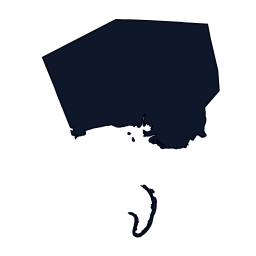 East Malaita, Malaita, Solomon Islands, rotated 93°
{"feature_id": "97153195B67887401050589", "entity_name": "East Malaita", "entity_type": "district", "adm_level": 2, "iso_a3": "SLB", "parent_name": "Solomon Islands", "parent_adm1": "Malaita", "projection": "albers", "projection_center": [160.97, -8.778], "detail": "fine", "context": "isolated", "style": "filled", "palette": "ink", "viewbox_px": 256, "rotation_deg": 93, "n_neighbors": 0, "source": "geoboundaries", "source_scale": "gbopen_adm2", "svg_char_len": 5927}
<svg xmlns="http://www.w3.org/2000/svg" viewBox="0 0 256 256"><g transform="rotate(93 128 128)"><path d="M85.9,39.1L66.0,41.6L33.7,50.9L20.4,54.2L20.2,79.2L20.0,79.3L19.9,112.9L20.1,131.5L20.5,139.4L20.5,145.7L62.0,216.9L91.3,203.1L96.9,200.8L130.4,185.3L131.3,182.2L133.5,182.2L134.3,183.3L133.9,184.6L137.6,183.5L138.1,182.2L137.3,180.5L138.2,180.5L137.9,179.4L137.1,179.5L136.8,179.0L138.2,178.2L140.0,180.2L140.9,179.8L139.6,178.8L138.6,177.3L138.1,175.9L138.1,175.2L138.0,174.6L137.2,172.9L137.3,171.9L136.8,171.0L136.3,170.5L135.3,170.4L134.5,170.5L134.0,170.8L133.4,170.7L132.8,170.5L132.2,169.8L131.3,166.8L129.5,162.3L128.0,155.6L126.4,150.1L126.0,146.6L125.6,146.4L125.4,146.0L125.5,144.3L127.1,139.9L127.4,138.5L127.4,136.3L126.7,133.8L126.5,132.0L125.5,130.0L125.4,129.3L125.6,128.7L125.0,128.0L124.7,127.2L125.0,125.3L124.8,124.1L124.4,123.8L124.4,123.5L124.9,123.0L125.8,122.5L126.0,121.9L125.0,121.8L124.9,120.5L124.6,119.9L124.5,119.4L124.8,119.0L124.7,118.4L125.5,118.6L126.0,118.5L126.4,118.1L126.6,117.7L126.5,116.8L125.9,116.0L124.5,115.1L123.4,115.1L122.5,114.8L121.9,113.6L120.9,113.5L119.8,113.8L119.0,114.5L118.8,114.1L117.8,114.0L117.2,113.7L115.7,113.4L115.1,113.2L113.4,111.6L113.6,111.4L115.1,112.1L116.8,111.5L118.4,112.4L119.1,112.2L120.7,112.7L121.8,112.6L123.5,113.0L124.4,112.8L124.7,112.3L125.0,112.3L125.1,111.8L124.5,111.2L123.1,110.7L122.2,110.7L122.0,109.7L122.5,109.1L123.3,108.7L123.6,108.3L123.3,107.5L123.0,107.2L123.5,106.6L124.6,106.3L124.9,106.0L124.9,104.6L124.5,103.8L124.8,103.1L125.2,103.4L125.6,104.0L127.2,104.9L128.1,104.6L128.7,104.7L128.9,104.4L129.2,104.5L129.9,105.2L130.1,105.7L130.9,106.2L130.6,106.5L130.6,107.0L131.3,108.7L130.6,110.2L130.5,111.2L129.7,111.8L129.6,112.3L131.8,112.2L132.0,112.1L131.9,111.8L132.5,112.0L132.7,111.8L132.8,111.6L132.6,111.3L132.2,111.4L132.0,111.1L131.7,109.8L131.9,109.2L135.1,111.6L135.3,110.8L134.7,109.6L134.9,108.8L134.9,107.6L134.3,105.0L133.9,104.6L133.8,104.2L133.4,104.0L133.6,103.4L132.7,99.9L132.9,99.7L133.1,99.8L134.0,99.6L134.8,100.3L134.9,101.4L136.0,103.6L136.9,104.9L137.3,105.1L138.0,105.9L138.3,105.9L138.9,104.8L139.3,102.5L139.3,100.8L138.9,99.8L139.1,98.9L139.0,98.0L139.7,96.3L140.1,96.1L141.0,95.0L141.4,93.9L143.0,92.2L142.8,91.1L143.0,90.9L143.7,92.0L143.9,92.5L143.9,92.9L143.2,93.9L142.0,94.1L141.5,94.3L140.5,96.3L141.5,96.6L142.4,97.4L142.8,97.4L143.3,97.0L143.4,96.8L143.4,96.4L143.7,96.4L143.9,95.9L143.9,95.2L144.6,95.0L144.6,94.7L145.1,94.4L145.7,94.2L145.8,93.8L146.2,93.7L146.5,93.1L146.5,91.5L145.8,91.1L145.8,90.9L146.0,91.0L146.1,90.8L146.0,90.4L145.8,90.3L145.9,88.9L145.6,88.0L145.9,86.8L145.6,86.3L145.4,85.3L145.4,84.8L145.6,84.9L145.4,84.1L145.6,83.7L145.4,81.9L145.7,80.8L145.8,79.4L146.1,79.2L146.1,78.7L145.8,78.4L145.7,77.7L145.4,77.2L145.4,76.6L145.1,75.9L145.4,75.2L145.2,74.7L145.1,74.1L144.8,73.8L144.6,72.9L144.1,72.5L144.1,71.2L144.4,70.4L144.3,69.5L143.7,69.0L142.7,69.0L142.2,68.8L141.8,68.4L141.6,67.5L141.1,67.5L140.7,67.9L140.2,68.0L138.4,67.0L138.3,66.8L136.0,66.2L135.7,65.8L135.6,64.2L136.4,63.5L136.6,62.7L133.4,60.5L131.4,59.4L130.9,58.0L131.2,56.8L132.3,55.3L133.2,53.6L133.1,52.4L131.8,50.1L131.0,49.8L127.9,52.1L126.2,52.4L122.0,52.3L117.9,51.0L114.8,50.9L112.1,51.8L108.3,51.9L104.0,52.8L102.6,52.2L85.9,39.1ZM236.1,112.8L235.6,110.2L232.0,105.9L230.9,104.8L228.2,102.8L224.9,100.8L223.4,100.2L220.9,99.4L215.1,98.5L213.7,98.1L212.1,97.3L210.3,96.7L206.3,96.0L203.5,96.1L201.0,96.0L200.2,95.8L198.9,96.3L197.5,96.5L196.5,97.2L196.1,97.7L196.3,98.2L194.9,99.8L194.6,100.1L191.8,100.9L190.4,101.8L190.2,102.2L190.0,101.9L189.5,101.9L189.8,102.4L189.7,102.5L189.3,103.0L187.2,105.2L186.1,106.6L185.1,107.4L184.4,108.8L184.4,109.1L185.3,109.8L185.3,110.8L189.3,105.4L193.5,102.4L196.8,100.7L199.5,100.1L200.2,99.7L201.5,99.4L204.0,99.5L203.5,99.8L203.5,100.2L204.0,100.0L204.5,99.6L205.1,100.2L206.2,100.5L206.8,100.0L206.8,99.8L207.0,99.7L207.3,99.8L207.8,99.2L208.9,99.1L212.2,99.8L212.2,100.0L211.7,99.9L211.9,100.1L214.1,100.6L214.5,100.3L217.4,101.1L220.1,102.2L220.0,102.5L220.4,102.7L220.6,102.4L221.0,102.4L225.9,104.0L226.7,104.7L227.3,105.5L227.9,105.3L227.8,105.7L228.1,105.7L228.3,105.9L228.7,105.9L229.2,106.3L229.2,107.1L229.6,107.5L229.7,107.1L229.5,106.6L229.8,107.1L230.3,107.1L230.5,107.5L231.0,107.6L230.9,107.8L231.0,108.2L230.7,108.1L230.6,107.7L230.6,108.3L231.1,108.5L231.6,108.4L232.0,108.6L232.4,109.6L232.9,110.1L232.9,110.6L233.6,110.9L234.0,111.5L233.8,111.6L233.9,112.1L233.6,112.3L233.8,112.6L233.7,113.3L233.2,113.7L233.3,114.7L232.7,115.4L231.4,116.0L230.5,116.0L229.0,114.4L228.8,114.6L229.4,115.1L229.2,115.2L229.4,115.6L229.2,115.7L228.9,115.6L227.9,114.5L227.5,114.6L227.3,114.9L225.6,114.5L225.3,114.3L225.1,114.6L224.4,113.9L222.3,113.7L222.2,113.9L221.6,113.3L221.6,113.6L221.1,113.3L218.7,113.5L216.8,114.2L214.6,115.6L213.8,117.6L212.8,119.0L212.6,120.1L212.6,120.7L212.7,122.4L212.9,122.7L213.6,121.8L214.2,119.7L214.8,118.4L215.9,117.1L217.2,116.3L220.0,115.9L222.1,116.0L226.6,116.7L230.6,117.5L232.5,117.4L234.4,116.7L234.8,116.3L235.6,115.0L236.1,113.5L236.1,112.8ZM142.3,101.8L142.0,101.0L141.3,100.4L140.3,100.6L139.9,101.0L139.5,103.4L139.6,104.4L139.3,105.5L139.6,106.2L139.9,106.1L140.2,105.7L140.8,105.2L140.6,104.5L140.1,104.2L141.4,103.4L142.3,101.8ZM140.8,121.6L140.7,121.1L140.3,121.0L137.7,122.6L138.0,122.8L138.6,122.9L140.1,122.7L140.5,122.4L140.8,121.6ZM141.4,97.2L141.2,96.6L140.4,96.8L140.2,97.7L139.6,98.5L139.6,98.8L140.6,99.0L141.0,98.8L141.4,97.9L141.4,97.2ZM191.3,99.3L191.1,99.0L190.3,98.8L189.9,99.5L189.7,99.5L188.6,100.4L188.7,100.6L188.3,100.9L188.5,101.3L188.4,101.7L189.0,101.2L189.0,100.7L189.4,100.1L189.8,100.0L190.5,100.2L191.2,99.8L191.3,99.3ZM134.3,126.1L133.4,125.5L132.6,127.1L132.9,127.5L133.8,127.6L134.1,127.4L134.0,127.0L134.3,126.1ZM142.0,99.0L141.6,98.5L141.2,98.6L141.0,99.1L141.1,99.5L141.5,99.6L141.9,99.4L142.0,99.0Z" fill="#0f172a" stroke="#020617" stroke-width="1.5"/></g></svg>